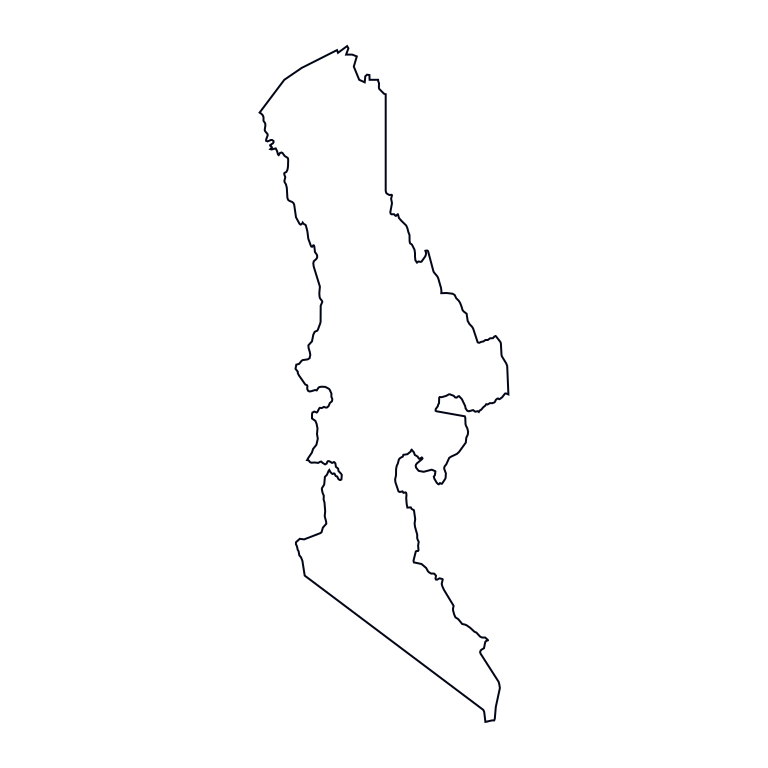 outline of Rift Valley
{"feature_id": "KEN-890", "entity_name": "Rift Valley", "entity_type": "Province", "adm_level": 1, "iso_a3": "KEN", "parent_name": "Kenya", "parent_adm1": "", "projection": "equal_earth", "projection_center": [36.059, 0.919], "detail": "fine", "context": "isolated", "style": "outline", "palette": "ink", "viewbox_px": 768, "rotation_deg": 0, "n_neighbors": 0, "source": "natural_earth", "source_scale": "10m", "svg_char_len": 6103}
<svg xmlns="http://www.w3.org/2000/svg" viewBox="0 0 768 768"><path d="M367.0,74.7L369.4,75.0L369.6,79.8L378.1,79.8L378.2,81.2L379.0,83.2L378.9,87.8L379.3,89.0L384.1,93.8L385.7,94.2L385.7,190.8L386.2,192.9L387.3,193.9L389.4,195.0L391.6,194.8L392.0,195.3L391.1,198.7L392.0,203.2L390.3,212.2L390.7,213.8L391.6,214.3L394.0,214.2L395.3,215.6L395.9,215.9L397.6,214.3L398.0,214.4L398.9,217.9L401.4,220.8L406.2,225.5L407.4,228.2L408.4,232.2L409.5,235.0L409.6,241.2L410.0,243.2L412.0,244.7L414.5,249.7L415.0,253.1L415.0,256.8L415.4,260.3L417.0,262.6L418.4,261.5L420.9,261.9L421.7,261.4L425.1,256.6L425.8,255.0L426.1,253.2L425.4,250.8L426.9,250.5L427.6,250.7L428.1,251.3L433.4,271.2L433.9,272.3L437.4,276.5L438.3,278.5L441.0,287.9L441.4,290.6L441.3,293.2L446.5,293.0L452.5,293.7L454.7,295.0L456.2,298.2L458.8,300.8L460.0,302.7L461.4,306.2L462.6,310.2L463.7,311.5L466.6,313.7L467.7,321.0L469.5,324.1L472.1,326.8L473.2,328.7L477.7,342.4L479.3,342.8L481.1,341.9L483.5,341.4L485.4,340.0L487.8,340.0L490.1,338.3L492.9,338.2L494.2,336.7L495.4,336.0L495.9,336.2L499.8,341.2L500.6,342.4L500.9,343.7L501.5,354.8L501.8,356.2L506.2,363.4L507.2,366.0L508.4,394.4L505.9,393.4L505.0,393.6L502.1,397.3L499.7,399.1L499.0,399.1L498.2,398.5L497.4,398.6L495.9,399.8L494.9,401.9L494.0,402.6L492.2,403.2L490.0,403.1L487.5,404.5L486.2,404.2L485.1,405.8L483.3,407.2L481.2,409.7L479.6,410.6L478.8,412.0L477.6,411.2L475.2,411.7L473.1,410.1L468.8,411.3L467.2,410.7L465.6,408.4L465.2,406.1L461.9,399.2L459.1,396.2L458.2,396.3L456.7,397.6L455.3,397.5L453.7,395.8L449.8,394.3L448.8,394.4L446.1,395.9L441.6,397.2L439.8,397.0L439.2,397.7L439.0,403.3L438.2,404.5L437.8,406.2L435.7,409.1L435.6,410.8L436.6,411.3L464.8,416.3L465.3,417.8L465.5,423.9L465.9,425.6L467.3,428.3L468.1,431.7L467.8,434.6L466.3,437.7L465.8,442.6L459.0,452.0L456.9,453.9L451.0,456.7L449.2,457.9L446.3,464.3L444.7,466.3L444.2,467.7L444.3,469.1L445.9,473.4L445.6,477.7L445.2,478.9L442.1,483.6L441.3,483.8L440.0,483.1L438.8,484.3L438.1,484.1L436.7,482.7L434.3,478.6L433.8,476.6L434.9,475.2L435.4,471.4L435.1,471.1L431.7,469.7L423.7,471.8L418.8,470.9L418.0,470.1L416.0,467.5L415.7,465.7L415.9,464.8L416.9,463.4L422.2,459.0L422.5,458.3L421.8,457.5L419.5,458.8L418.9,458.6L417.5,456.5L414.8,454.9L413.9,452.4L411.7,449.7L411.2,450.1L410.6,451.6L407.4,454.2L403.4,454.8L402.8,456.6L400.3,457.9L398.9,459.4L397.8,463.6L396.7,465.9L396.1,469.1L396.0,475.3L395.1,479.6L395.5,482.5L398.5,491.4L399.8,492.0L402.5,491.4L403.4,492.8L405.5,492.4L406.1,492.8L406.5,495.0L406.2,498.1L406.7,504.2L407.4,507.6L410.8,507.4L411.7,509.0L413.8,510.1L414.0,510.5L415.2,519.1L414.6,523.4L415.0,526.8L417.2,534.6L417.2,537.9L417.6,539.6L418.7,541.8L418.1,545.6L418.5,550.1L418.1,550.9L416.3,551.1L415.8,551.5L413.5,560.7L413.9,562.4L421.5,564.0L426.2,568.0L427.9,571.2L429.1,572.4L431.3,573.6L433.3,573.5L434.4,573.8L436.0,575.7L435.5,578.6L436.0,579.6L437.0,579.7L439.6,578.3L442.5,579.1L442.7,579.6L441.7,583.9L442.3,586.2L443.8,589.6L453.6,605.8L453.0,608.7L453.1,610.6L454.2,614.5L455.4,617.3L458.3,619.2L462.2,624.0L465.1,624.6L466.8,625.4L470.2,627.8L474.4,631.7L476.4,632.6L480.2,636.7L482.0,637.5L485.1,637.5L487.8,639.9L487.9,640.3L486.1,641.0L485.2,642.1L484.0,648.2L481.3,649.8L480.3,651.2L480.1,652.2L480.6,653.7L498.6,681.8L499.2,683.8L499.9,688.0L495.8,707.0L494.8,718.7L494.2,720.4L492.1,720.4L485.4,721.9L484.2,711.9L483.3,709.9L304.7,575.6L302.4,560.8L301.0,557.3L299.3,555.3L298.6,551.3L297.7,549.8L297.0,546.5L295.9,544.1L296.0,542.2L299.8,538.8L304.1,539.4L320.4,533.1L321.5,532.3L322.9,527.6L326.3,523.7L326.1,521.6L324.7,516.1L325.2,511.4L324.5,502.6L323.6,499.4L323.8,495.7L322.6,492.9L321.8,489.1L322.0,488.1L324.2,484.6L324.9,476.9L327.0,474.7L328.5,471.1L329.3,470.0L330.5,472.2L332.2,473.8L332.8,474.0L333.9,473.4L334.5,473.6L335.7,476.0L337.3,476.6L338.2,478.8L339.5,479.9L340.6,480.0L341.4,479.4L341.8,475.0L341.3,474.0L338.5,471.0L338.1,468.6L335.9,466.8L335.4,463.5L334.4,462.2L333.7,462.1L332.6,462.8L332.0,462.9L329.5,461.3L328.1,461.1L327.5,461.5L326.6,463.6L325.1,464.4L322.5,462.8L321.3,461.6L320.3,461.7L318.2,462.9L314.9,462.5L311.3,462.7L310.1,462.2L308.5,460.3L307.1,460.1L308.2,458.1L311.9,452.6L313.1,448.9L316.4,444.8L317.8,438.7L317.0,434.2L317.5,428.4L316.6,423.9L315.4,420.9L312.0,418.5L312.0,414.4L312.4,412.6L314.2,411.6L316.8,412.5L317.6,411.6L319.2,408.4L319.9,407.8L321.7,408.1L323.9,406.9L325.8,407.6L327.2,407.4L328.7,405.9L329.8,403.1L331.9,401.3L332.3,399.6L332.1,398.4L331.4,396.9L331.4,393.5L329.7,389.7L328.9,388.8L325.3,386.9L321.5,386.7L319.3,387.1L318.5,387.7L316.7,390.4L315.1,390.0L311.7,391.1L309.5,391.5L308.0,390.7L307.2,388.8L307.4,386.2L307.1,385.3L305.2,384.4L299.0,375.5L297.8,373.2L297.8,371.7L295.5,368.8L296.3,364.7L299.2,363.8L301.3,361.1L302.6,360.1L307.6,359.4L309.6,358.2L310.3,354.8L309.7,351.6L308.6,348.2L308.4,345.3L312.0,341.3L313.3,334.7L314.7,331.8L317.2,330.7L317.8,329.9L320.2,323.5L320.6,321.7L320.7,305.7L322.3,301.9L322.0,300.9L320.0,298.3L319.6,296.9L319.3,293.5L319.9,286.6L313.7,266.5L313.3,263.2L313.8,261.2L316.2,259.1L317.1,257.7L317.2,255.8L316.7,254.4L315.0,252.1L314.3,246.4L313.7,245.3L313.2,245.4L312.3,246.7L311.4,246.6L310.9,245.9L308.3,238.7L307.4,231.5L305.9,225.6L305.5,224.9L303.4,223.7L302.7,222.6L302.3,223.4L300.8,224.6L300.0,224.3L299.4,223.6L296.0,217.3L294.2,204.8L293.5,203.1L292.2,202.0L289.3,200.8L288.1,199.8L287.4,197.9L286.8,187.8L286.0,184.5L284.5,181.9L284.4,180.9L285.3,177.2L284.3,174.5L284.2,173.6L284.5,172.9L286.3,172.0L287.5,169.6L288.0,166.3L288.2,159.7L287.8,158.0L284.6,155.9L282.6,153.1L281.5,152.5L279.9,153.1L278.7,155.1L278.0,154.5L277.1,151.2L275.7,148.4L271.6,149.5L270.3,149.1L271.9,147.4L271.1,146.2L270.2,145.7L270.1,145.2L273.0,143.2L273.6,142.1L273.5,141.0L272.1,140.0L270.9,140.0L267.6,141.4L266.1,140.8L266.2,139.3L267.7,135.3L267.5,134.0L265.2,131.3L264.7,130.0L265.4,125.4L265.2,123.4L263.5,120.8L263.5,117.1L262.7,115.2L261.4,113.8L259.6,112.6L284.3,79.8L301.7,67.9L337.0,50.1L338.0,52.8L347.1,46.1L348.4,48.3L346.1,54.6L352.2,54.6L356.8,56.4L353.8,66.6L359.2,79.8L364.7,82.3L365.3,76.3L367.0,74.7Z" fill="none" stroke="#020617" stroke-width="2"/></svg>